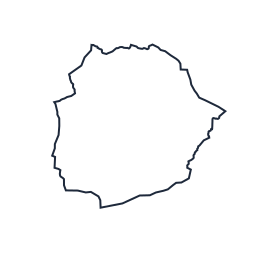 outline of Erdenecogt, Bayanhongor, Mongolia, rotated 120°
{"feature_id": "93677404B84319182599857", "entity_name": "Erdenecogt", "entity_type": "district", "adm_level": 2, "iso_a3": "MNG", "parent_name": "Mongolia", "parent_adm1": "Bayanhongor", "projection": "orthographic", "projection_center": [100.913, 46.548], "detail": "fine", "context": "isolated", "style": "outline", "palette": "slate", "viewbox_px": 256, "rotation_deg": 120, "n_neighbors": 0, "source": "geoboundaries", "source_scale": "gbopen_adm2", "svg_char_len": 3481}
<svg xmlns="http://www.w3.org/2000/svg" viewBox="0 0 256 256"><g transform="rotate(120 128 128)"><path d="M175.3,75.4L169.9,71.6L164.6,65.9L161.2,62.8L155.1,60.5L151.4,58.9L148.5,54.5L141.2,50.1L132.6,52.8L132.8,56.8L132.0,57.2L131.5,57.5L131.1,57.8L130.8,58.0L130.3,57.9L130.2,57.9L129.8,57.8L128.9,57.5L128.1,57.8L127.8,58.0L127.5,58.3L126.8,58.9L126.7,59.0L126.0,58.6L125.8,58.5L125.4,58.2L124.5,57.5L123.8,57.1L123.3,56.9L121.8,56.3L121.1,56.2L120.8,56.3L120.5,56.5L120.1,56.8L119.4,57.2L119.1,57.5L118.7,57.6L118.4,57.6L118.1,57.6L117.7,57.4L117.4,57.3L116.9,57.4L116.3,57.7L115.9,57.8L115.7,57.7L115.4,57.8L115.0,57.7L114.5,57.4L113.9,57.5L113.5,57.4L113.2,57.3L112.9,57.1L112.6,56.9L112.3,57.1L111.8,57.3L111.5,57.6L111.1,57.6L110.6,57.5L110.3,57.4L110.0,57.5L109.5,57.7L109.2,57.9L108.8,58.0L108.6,58.0L108.1,57.6L107.3,57.3L100.8,56.2L95.8,52.8L95.2,53.6L94.9,53.5L94.7,53.7L94.3,54.3L94.1,54.9L93.7,55.2L93.3,55.5L93.0,55.7L92.7,55.7L92.3,55.8L91.9,55.8L91.5,56.1L91.2,56.3L90.8,56.4L90.3,56.3L90.1,56.1L89.8,55.8L89.3,55.4L89.0,55.2L88.7,55.1L88.0,55.3L87.3,55.5L86.9,55.3L86.7,54.9L86.7,54.7L86.4,54.8L85.5,55.3L84.1,56.0L83.0,56.6L80.0,58.2L78.6,59.0L77.8,59.3L77.4,59.4L77.1,59.3L76.7,59.0L76.5,58.6L76.4,58.1L76.3,57.6L76.3,57.2L76.2,56.9L75.8,56.6L75.7,56.3L75.6,56.0L75.5,55.3L75.2,54.9L74.9,54.5L74.4,54.3L74.1,54.2L73.7,54.1L72.2,54.7L64.8,52.1L64.4,60.3L65.4,75.1L66.1,81.5L63.8,85.6L62.4,89.0L58.8,94.9L54.9,98.2L49.9,104.2L48.0,105.9L51.0,111.6L46.1,114.8L44.5,117.8L44.0,120.8L43.7,127.6L42.9,134.2L44.1,138.8L43.1,142.1L43.5,148.5L45.1,149.6L46.3,150.6L46.8,150.7L47.5,150.5L48.1,150.1L48.8,149.9L49.3,150.1L49.9,150.5L50.2,151.0L50.3,152.2L50.6,153.7L51.0,154.4L51.7,154.7L52.3,155.2L52.8,156.4L53.4,158.2L53.7,159.2L53.6,160.0L53.3,160.7L53.2,161.4L53.6,163.1L54.5,167.0L55.4,166.8L56.4,166.6L57.4,166.6L58.2,166.7L58.7,167.0L58.8,167.7L58.8,168.3L59.0,168.7L59.5,169.4L59.7,169.8L60.3,171.1L60.7,172.1L60.6,173.0L61.1,174.1L62.0,175.4L63.4,176.3L64.1,176.9L64.3,177.4L64.6,177.9L65.2,178.2L66.3,178.6L67.7,179.1L69.4,179.7L71.8,181.5L72.8,182.4L74.7,183.7L75.7,187.4L75.5,188.1L74.9,188.8L74.3,189.1L73.7,189.4L73.4,189.9L73.3,190.3L73.7,191.7L73.7,192.5L73.8,193.1L73.5,193.8L73.8,194.4L73.2,194.9L72.9,195.4L73.4,196.8L73.5,197.4L73.4,198.1L73.5,198.8L73.4,199.4L73.6,199.8L73.8,200.2L74.3,200.4L74.4,201.1L79.2,198.8L88.6,200.9L97.2,199.6L110.9,205.9L111.5,205.3L111.8,205.1L112.1,204.8L112.3,204.3L112.5,204.0L112.7,203.8L113.7,203.4L114.1,203.0L114.9,202.2L115.4,201.7L115.8,201.0L116.1,200.7L116.6,200.3L117.0,199.6L117.1,199.0L117.3,198.7L117.3,197.9L117.4,197.5L117.7,197.2L118.3,197.0L118.8,196.8L119.3,196.5L120.1,196.0L120.5,195.5L120.7,195.1L120.9,194.6L121.2,193.8L121.4,193.5L121.7,193.2L122.5,192.9L124.5,191.2L128.7,193.2L130.5,195.1L131.0,195.6L131.6,196.2L132.0,196.5L132.8,196.9L133.6,197.4L134.1,197.7L134.9,198.4L135.6,199.1L136.3,199.6L137.2,200.2L138.1,200.5L138.5,200.6L138.8,200.8L139.1,201.2L139.4,201.5L139.8,201.8L140.0,202.0L140.1,202.3L142.5,204.8L143.5,202.8L149.4,197.2L151.7,195.9L154.0,192.4L160.6,188.5L168.8,184.6L178.5,183.3L182.2,181.2L189.9,179.8L189.5,176.7L199.2,171.7L198.2,167.7L198.3,165.5L198.8,165.3L199.3,165.2L199.9,164.9L200.9,164.5L201.6,164.2L202.2,163.8L203.2,163.0L203.7,162.1L203.8,160.8L203.9,159.3L204.3,157.9L209.6,154.8L213.1,150.6L207.3,140.2L204.9,132.3L201.9,128.2L202.0,119.4L204.4,115.9L210.7,111.9L196.1,95.1L180.6,84.1L175.3,75.4Z" fill="none" stroke="#1e293b" stroke-width="2"/></g></svg>